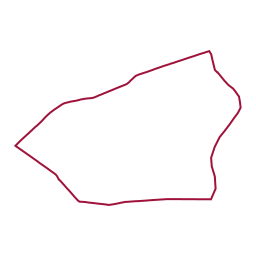 outline of Nuzha, Al Qahirah, Egypt
{"feature_id": "37247803B21469576264473", "entity_name": "Nuzha", "entity_type": "district", "adm_level": 2, "iso_a3": "EGY", "parent_name": "Egypt", "parent_adm1": "Al Qahirah", "projection": "robinson", "projection_center": [31.378, 30.115], "detail": "fine", "context": "isolated", "style": "outline", "palette": "rose", "viewbox_px": 256, "rotation_deg": 0, "n_neighbors": 0, "source": "geoboundaries", "source_scale": "gbopen_adm2", "svg_char_len": 4300}
<svg xmlns="http://www.w3.org/2000/svg" viewBox="0 0 256 256"><path d="M15.4,145.8L15.5,145.9L30.2,156.2L35.4,159.9L37.0,161.0L40.3,163.5L41.5,164.3L42.4,164.9L43.8,165.9L45.2,166.9L46.8,168.0L47.9,168.8L48.1,168.9L48.1,169.0L48.3,169.1L48.9,169.6L50.2,170.5L52.1,171.9L53.0,172.5L54.0,173.2L54.7,173.7L55.5,174.4L56.0,174.8L56.3,175.2L56.8,175.9L57.2,176.5L57.9,177.7L58.4,178.7L58.7,179.5L58.8,179.5L59.0,179.5L59.4,179.9L59.8,180.3L60.4,180.9L61.9,182.6L62.8,183.6L63.9,184.8L65.1,186.2L66.3,187.6L67.9,189.3L69.2,190.7L70.8,192.5L72.1,194.0L73.1,195.2L75.1,197.5L76.9,199.4L77.7,200.3L77.8,200.5L78.0,200.6L78.3,200.8L78.5,200.9L78.7,201.0L79.0,201.3L79.2,201.5L79.3,201.6L79.5,201.7L80.0,201.7L82.0,201.8L83.5,201.9L86.5,202.2L88.2,202.5L92.0,202.9L96.2,203.4L99.5,203.8L99.8,203.8L101.5,204.0L105.1,204.4L106.6,204.6L107.8,204.8L108.8,204.9L109.3,204.9L110.0,204.8L111.8,204.5L113.8,204.2L116.4,203.7L118.4,203.3L121.2,202.7L123.3,202.3L124.2,202.1L124.4,202.1L124.6,202.0L125.1,201.9L126.3,201.9L129.1,201.7L131.7,201.5L135.6,201.2L138.6,201.1L142.7,200.8L145.7,200.6L150.8,200.2L153.6,200.0L156.8,199.8L159.7,199.6L162.8,199.4L164.5,199.3L167.0,199.1L211.0,199.3L215.6,188.7L214.8,176.4L211.8,166.5L211.1,157.8L214.7,146.9L219.6,137.2L224.5,131.1L229.4,124.7L234.3,117.7L237.8,113.1L240.6,107.7L240.0,102.3L239.0,96.6L235.4,91.5L233.0,88.5L231.1,87.1L228.3,84.9L224.4,80.7L223.1,79.1L220.4,75.8L217.5,72.2L217.4,72.2L217.2,72.3L214.9,70.0L212.4,59.8L211.2,54.3L209.2,51.1L208.9,51.2L207.1,51.8L205.5,52.3L204.8,52.6L203.8,52.8L203.7,52.9L203.0,53.1L201.1,53.7L199.4,54.2L198.0,54.7L196.2,55.3L193.0,56.4L189.8,57.4L186.5,58.5L184.1,59.3L182.7,59.8L181.2,60.3L179.6,60.8L178.1,61.3L176.8,61.7L175.7,62.1L173.7,62.8L172.0,63.3L170.9,63.6L169.0,64.3L165.2,65.5L164.5,65.7L163.4,66.1L162.2,66.5L159.9,67.3L159.4,67.5L156.8,68.4L156.4,68.5L156.2,68.6L155.4,68.8L154.7,69.1L153.9,69.4L152.9,69.8L151.5,70.3L150.1,70.8L149.1,71.2L148.4,71.4L147.1,71.9L146.1,72.2L145.6,72.4L144.4,72.7L142.7,73.3L141.4,73.7L140.2,74.1L139.2,74.4L138.1,74.8L136.8,75.4L136.1,75.7L135.6,76.0L135.4,76.1L135.3,76.3L134.8,76.7L134.0,77.4L133.3,78.1L132.2,79.1L131.5,79.8L130.5,80.7L129.9,81.3L129.3,82.0L128.9,82.4L128.7,82.5L128.4,82.7L128.3,82.8L128.2,82.9L128.1,83.0L127.8,83.2L127.7,83.3L127.5,83.5L127.4,83.5L127.2,83.7L127.0,83.8L126.9,83.9L126.7,84.0L126.4,84.2L126.2,84.3L125.9,84.4L125.8,84.5L125.6,84.5L125.4,84.6L125.2,84.7L125.0,84.8L124.8,84.9L124.7,84.9L124.5,85.0L124.4,85.0L124.1,85.2L123.8,85.3L123.7,85.3L123.2,85.5L122.9,85.7L122.5,85.8L122.4,85.8L122.2,85.9L121.9,86.0L121.6,86.2L121.3,86.3L121.2,86.3L120.7,86.5L120.4,86.6L120.1,86.8L119.8,86.9L119.6,86.9L119.5,87.0L119.2,87.1L118.9,87.3L118.7,87.3L118.2,87.5L117.9,87.6L117.6,87.7L117.3,87.9L117.2,87.9L117.0,88.0L116.7,88.1L116.4,88.2L116.2,88.3L115.9,88.5L115.7,88.5L115.3,88.7L115.0,88.8L114.8,88.9L114.7,89.0L114.4,89.1L114.2,89.1L113.8,89.3L113.7,89.4L113.3,89.5L113.2,89.6L112.8,89.7L112.7,89.8L112.4,89.9L112.2,90.0L111.8,90.2L111.7,90.2L111.5,90.3L111.4,90.3L111.1,90.4L110.9,90.5L110.4,90.7L110.3,90.8L110.1,90.8L109.7,91.0L109.4,91.1L109.2,91.2L109.0,91.3L108.8,91.4L108.6,91.4L108.4,91.5L108.2,91.6L107.9,91.7L107.5,91.9L107.3,92.0L107.1,92.1L106.8,92.2L106.6,92.3L106.3,92.4L105.9,92.6L105.4,92.8L104.9,93.0L104.3,93.2L103.6,93.5L102.9,93.8L102.2,94.1L101.4,94.4L100.6,94.8L100.0,95.0L99.1,95.3L97.8,95.9L96.8,96.4L95.1,97.0L94.1,97.5L93.0,97.8L92.1,98.0L91.3,98.1L90.4,98.2L88.0,98.4L87.0,98.5L85.4,98.7L84.2,98.8L83.8,98.9L83.6,99.0L82.5,99.2L81.2,99.4L80.3,99.6L79.0,100.0L76.1,100.7L75.5,100.8L74.8,100.9L73.3,101.2L72.3,101.3L71.4,101.5L70.7,101.6L68.9,102.1L66.8,102.6L66.0,102.8L65.3,103.0L65.1,103.1L64.8,103.2L64.0,103.4L63.3,103.7L62.4,104.2L60.7,105.3L59.5,106.1L58.8,106.6L57.9,107.2L57.0,107.8L56.0,108.5L54.9,109.2L54.0,109.8L53.1,110.5L52.2,111.2L51.3,111.8L50.6,112.4L50.0,112.8L49.3,113.5L48.5,114.2L48.3,114.3L48.2,114.4L47.9,114.7L47.8,114.8L47.6,115.0L47.4,115.2L47.2,115.4L47.0,115.5L46.7,115.8L46.6,116.0L46.4,116.2L46.3,116.3L46.0,116.5L43.3,119.4L42.3,120.5L40.3,122.5L38.6,124.1L37.2,125.4L36.0,126.4L34.9,127.3L33.8,128.4L33.6,128.6L33.4,128.7L31.9,130.2L30.0,131.9L27.7,134.1L27.2,134.5L26.7,135.0L22.7,138.6L22.0,139.3L20.9,140.3L18.1,143.1L15.4,145.8Z" fill="none" stroke="#9f1239" stroke-width="2"/></svg>